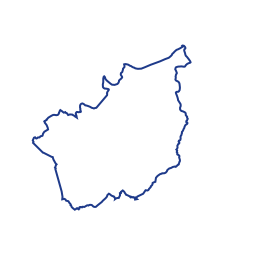 the district of Amixtlán, Puebla, Mexico, rotated 318°
{"feature_id": "50627088B86414439934091", "entity_name": "Amixtlán", "entity_type": "district", "adm_level": 2, "iso_a3": "MEX", "parent_name": "Mexico", "parent_adm1": "Puebla", "projection": "mercator", "projection_center": [-97.796, 20.056], "detail": "fine", "context": "isolated", "style": "outline", "palette": "blue", "viewbox_px": 256, "rotation_deg": 318, "n_neighbors": 0, "source": "geoboundaries", "source_scale": "gbopen_adm2", "svg_char_len": 5733}
<svg xmlns="http://www.w3.org/2000/svg" viewBox="0 0 256 256"><g transform="rotate(318 128 128)"><path d="M95.3,187.0L99.4,186.0L100.7,187.5L101.5,187.7L102.3,187.6L102.9,187.3L104.4,187.2L105.4,187.1L105.9,186.6L107.4,186.6L108.2,186.4L109.6,185.3L111.0,185.7L112.3,186.3L115.5,183.7L117.8,183.4L120.7,183.7L121.8,184.1L122.4,184.5L123.1,184.5L123.7,185.1L124.7,185.9L125.7,186.3L126.4,186.4L127.9,186.2L129.0,185.6L130.3,185.6L131.7,185.7L132.4,186.1L133.6,186.6L134.7,186.8L135.6,187.1L136.3,187.6L137.3,188.1L137.5,188.8L138.8,188.9L140.0,188.7L140.6,188.8L140.8,189.0L141.4,189.0L141.7,188.6L143.0,188.0L143.4,187.6L144.0,187.5L144.6,187.2L145.4,186.1L145.7,185.4L146.4,184.0L147.4,183.3L147.5,182.9L147.5,181.7L147.0,181.0L147.0,180.5L147.2,180.2L148.1,179.4L148.1,178.5L149.4,177.7L149.5,176.4L150.1,176.4L151.6,175.8L152.8,174.2L154.0,173.8L154.2,173.6L155.6,173.7L156.1,173.5L156.4,173.1L156.4,172.4L156.5,172.0L156.8,171.9L157.3,171.5L157.5,171.5L158.0,171.8L158.3,171.9L158.8,171.9L159.2,171.7L160.2,170.9L161.0,169.8L161.4,169.5L162.3,169.1L162.6,169.1L163.1,168.9L164.0,168.2L164.4,168.1L164.7,167.9L165.2,167.2L165.5,167.0L166.0,167.0L167.2,166.7L168.8,165.9L169.9,165.6L170.7,165.0L172.3,164.3L173.1,164.3L174.4,164.5L175.0,164.4L175.4,164.2L175.6,163.9L175.6,163.6L175.2,162.8L175.4,162.5L175.9,161.9L176.9,161.9L177.9,161.3L178.5,161.2L178.6,160.5L178.9,159.7L179.3,159.5L179.5,159.1L179.5,157.6L179.6,157.0L180.3,156.3L180.8,155.3L180.8,154.7L180.5,153.7L179.9,152.3L179.1,151.1L179.0,150.2L179.1,149.2L180.2,147.8L181.9,146.9L182.8,145.8L183.1,145.2L183.4,143.4L183.7,141.7L183.9,140.7L184.5,139.9L185.3,138.3L186.1,136.4L186.8,134.5L187.1,134.0L187.3,133.7L188.1,133.6L188.7,133.9L189.3,134.5L189.6,134.7L190.4,134.8L191.1,134.5L191.7,134.4L192.9,133.4L193.8,132.5L195.8,129.7L196.2,128.8L196.4,127.5L196.2,126.8L195.5,125.0L195.5,124.4L195.6,123.8L196.2,123.3L197.1,122.7L197.8,121.6L198.2,121.4L199.0,120.7L200.0,120.2L200.7,120.1L201.1,119.8L201.5,118.8L201.9,117.8L202.1,117.1L202.4,116.0L203.4,115.3L204.1,115.0L205.1,115.3L206.1,115.8L207.0,116.4L207.8,117.1L208.9,117.9L210.5,119.8L211.1,120.3L211.7,120.4L212.9,120.0L213.6,120.0L215.0,120.0L216.9,120.6L217.4,120.9L218.1,121.1L218.5,121.0L218.9,119.9L219.2,117.4L219.4,114.6L219.3,113.0L219.7,111.9L220.5,110.5L221.4,108.4L221.8,107.8L222.5,107.3L223.1,107.3L223.9,107.2L224.4,106.6L224.6,105.9L224.6,104.5L224.4,104.0L224.0,103.7L223.5,103.0L223.3,102.6L223.3,102.2L223.1,104.2L221.2,103.8L220.4,103.7L217.8,103.0L216.6,102.5L216.1,102.4L213.4,102.4L213.0,102.5L211.6,102.6L210.7,102.5L209.3,103.1L207.7,103.2L205.3,103.1L201.8,101.7L196.4,99.9L187.2,96.2L181.1,94.1L177.6,92.8L174.9,90.6L173.3,88.5L173.1,87.5L172.5,86.6L172.0,85.3L171.7,84.0L171.1,83.0L170.6,81.2L169.9,80.1L169.1,79.0L168.5,78.5L167.7,78.1L167.1,79.3L166.2,80.3L164.0,80.6L163.5,81.1L161.3,82.5L160.8,82.6L160.2,82.5L159.5,82.5L158.6,83.2L158.2,83.8L157.9,85.9L157.6,86.4L157.2,86.6L154.8,86.8L154.4,86.6L154.0,86.6L153.0,86.8L152.4,87.4L151.2,88.0L149.6,88.2L146.9,87.0L145.1,85.1L144.7,83.5L144.0,78.7L144.0,76.9L144.2,76.0L144.7,75.2L144.9,74.5L144.9,73.7L144.4,73.6L143.4,74.2L142.6,74.8L140.3,77.4L138.4,78.8L136.8,80.8L136.7,82.0L137.1,83.2L138.0,84.0L138.5,84.7L139.0,85.3L139.5,86.1L139.5,86.5L139.2,86.8L138.3,87.1L137.9,87.1L136.6,87.5L135.6,88.1L135.4,88.7L134.4,89.6L118.0,91.8L116.9,91.1L116.2,90.9L115.7,90.6L115.3,89.8L114.6,88.8L113.9,86.7L113.0,84.9L112.1,83.4L111.4,82.6L111.2,80.9L110.7,79.5L110.6,79.3L109.7,78.8L108.8,78.7L107.6,79.1L106.7,80.0L105.9,80.9L105.4,82.0L104.8,82.4L104.1,84.1L103.9,84.3L103.7,84.4L103.4,84.3L103.3,83.7L102.9,83.6L102.3,83.6L102.0,83.4L100.8,81.9L100.4,81.8L99.3,82.0L98.8,82.4L98.1,83.8L97.7,84.8L97.1,85.5L96.9,85.9L96.7,85.1L96.4,84.3L96.3,83.2L96.1,82.5L95.7,81.5L95.7,81.0L95.3,80.4L94.7,79.9L94.0,79.1L92.2,78.3L92.4,76.9L92.4,75.8L91.9,75.1L92.0,74.2L90.6,73.7L90.3,72.4L90.2,71.4L89.7,69.4L89.0,69.5L87.5,70.3L87.0,70.4L86.2,71.1L85.6,71.1L84.9,71.3L84.4,71.2L83.3,70.5L82.0,68.9L81.1,68.2L79.4,67.7L75.7,67.0L74.3,67.2L73.3,67.2L73.2,67.5L72.8,67.6L72.4,67.4L71.8,67.4L70.7,67.0L70.2,67.1L70.1,67.9L69.7,68.4L69.7,68.8L69.5,71.3L68.6,73.9L67.6,75.6L63.4,74.8L62.4,75.0L61.0,75.4L59.7,76.3L59.3,76.5L58.6,76.3L57.7,75.7L57.1,75.6L56.1,75.8L55.6,75.6L54.9,74.8L54.3,74.8L53.4,74.7L52.8,74.4L52.7,74.1L52.7,72.7L51.6,72.3L48.9,73.5L48.5,75.1L47.5,75.5L48.3,89.4L48.6,89.7L52.0,98.5L52.6,99.2L51.5,101.5L50.5,105.9L50.6,107.2L49.8,107.3L48.2,108.2L47.2,108.6L47.3,109.6L46.5,110.0L36.2,130.8L33.3,135.3L31.4,137.0L31.9,137.3L33.1,137.8L33.7,139.2L33.4,140.6L34.7,142.5L34.3,144.7L34.4,145.7L34.1,146.8L33.7,146.9L33.8,147.7L33.3,149.0L33.3,149.6L33.5,151.6L33.7,152.3L33.8,153.1L35.1,153.4L35.9,153.3L36.5,153.5L37.0,154.1L36.6,154.4L36.9,155.3L37.3,155.1L37.6,155.3L37.8,155.0L38.4,155.1L39.1,154.5L39.6,154.7L40.3,155.3L40.7,156.2L41.6,156.2L42.8,157.5L45.8,158.1L46.3,158.5L46.8,159.2L47.3,159.2L47.9,159.4L48.5,159.8L49.4,160.8L49.6,161.3L49.7,163.1L49.9,163.6L50.2,164.1L50.8,164.7L51.4,165.1L52.4,165.1L53.5,165.1L57.0,165.3L58.4,165.4L59.4,165.4L60.5,165.2L64.2,165.2L65.8,165.0L66.4,164.9L67.7,164.1L69.8,164.0L70.1,164.6L70.5,167.2L70.9,168.1L71.2,168.5L71.3,169.2L71.6,169.3L71.7,169.5L71.6,170.8L71.3,171.3L71.3,171.6L71.5,171.8L70.9,172.2L71.9,172.3L72.5,172.5L74.0,173.4L74.3,173.8L77.0,172.7L78.4,171.0L79.0,171.4L79.2,171.6L79.7,171.1L79.9,170.8L80.1,170.7L80.8,171.0L81.4,170.8L82.3,170.9L82.5,172.3L82.5,173.1L82.1,174.7L82.2,175.2L81.9,176.3L82.6,177.6L83.5,179.9L83.5,180.5L83.8,180.3L84.3,181.1L84.4,181.3L84.3,181.8L85.0,182.3L84.8,182.4L85.4,183.1L85.8,183.7L86.7,184.2L86.9,184.4L85.8,185.3L85.4,185.9L87.1,186.9L86.9,185.6L89.1,185.2L95.3,187.0Z" fill="none" stroke="#1e3a8a" stroke-width="2"/></g></svg>